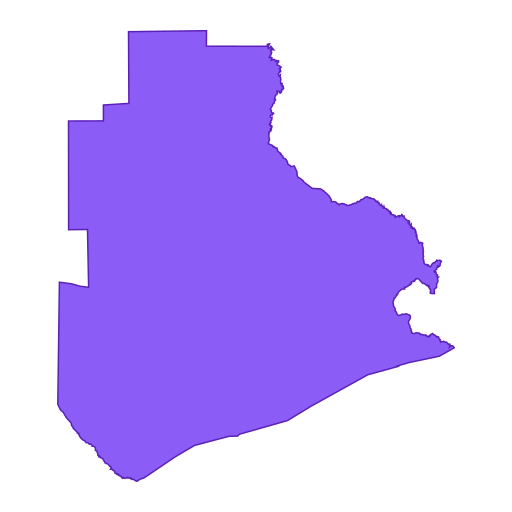 Sinda, Eastern, Zambia
{"feature_id": "96606910B72426001037260", "entity_name": "Sinda", "entity_type": "district", "adm_level": 2, "iso_a3": "ZMB", "parent_name": "Zambia", "parent_adm1": "Eastern", "projection": "robinson", "projection_center": [31.868, -14.258], "detail": "fine", "context": "isolated", "style": "filled", "palette": "violet", "viewbox_px": 512, "rotation_deg": 0, "n_neighbors": 0, "source": "geoboundaries", "source_scale": "gbopen_adm2", "svg_char_len": 6019}
<svg xmlns="http://www.w3.org/2000/svg" viewBox="0 0 512 512"><path d="M350.6,204.9L346.9,205.6L346.3,204.8L345.3,204.7L344.4,203.9L342.4,203.5L340.0,204.0L339.0,204.8L337.9,203.6L336.7,203.2L336.2,202.3L334.8,201.6L331.3,201.6L331.2,199.6L329.1,196.0L324.0,191.2L320.7,188.9L312.3,188.4L303.9,182.1L303.4,181.0L300.2,178.4L298.0,177.3L297.2,175.7L296.9,171.7L294.3,166.0L290.7,166.6L290.2,165.5L288.0,164.4L287.3,161.6L286.3,159.8L285.2,158.7L283.3,158.0L282.8,156.1L281.1,154.8L281.0,153.9L280.4,154.0L280.5,153.2L277.9,151.4L277.0,148.1L275.5,147.9L273.8,146.4L273.3,146.9L272.3,145.4L268.2,143.6L269.5,139.4L268.8,136.2L269.1,133.2L268.8,132.4L269.6,132.1L270.3,129.7L270.9,130.6L271.4,129.3L271.1,128.4L271.7,127.9L272.0,126.1L271.5,125.6L270.7,126.2L269.3,124.2L269.8,123.5L270.4,123.8L271.0,122.2L270.5,121.6L270.8,120.8L271.6,120.2L271.9,118.9L272.0,117.4L271.4,117.7L270.5,117.2L270.2,115.5L271.0,115.0L272.0,115.1L273.6,113.4L273.2,112.9L272.2,113.4L271.1,111.2L271.3,110.2L270.3,109.0L272.6,105.3L272.5,104.3L274.0,103.3L274.5,101.3L275.6,99.9L275.3,99.1L274.4,98.9L275.5,95.4L277.0,94.3L277.3,92.8L277.0,91.1L279.2,91.4L279.6,92.0L279.3,92.8L280.2,93.1L281.6,91.9L281.2,91.3L281.7,89.5L282.6,89.8L283.6,88.4L283.0,85.9L282.3,85.2L282.0,85.9L281.8,85.3L282.1,83.5L281.6,83.3L281.3,84.1L280.8,84.0L280.4,81.1L280.9,79.4L280.1,76.1L280.3,75.0L279.1,76.1L278.3,73.7L279.7,72.3L279.7,71.4L280.5,71.6L280.8,71.1L280.2,70.3L280.3,69.2L279.4,68.6L281.1,67.2L279.2,65.7L276.9,64.8L277.0,63.7L278.7,62.0L278.5,60.8L276.5,60.5L276.2,61.4L275.5,61.5L274.7,59.6L273.9,59.3L271.3,60.3L272.0,57.8L270.7,57.1L269.9,57.9L269.3,57.6L270.0,55.8L271.0,54.8L271.7,52.3L270.6,51.6L271.2,50.4L270.4,49.7L271.3,48.9L271.2,49.6L273.7,49.8L270.8,46.3L270.4,47.1L268.4,48.4L267.9,48.2L267.9,47.3L269.5,43.9L267.4,44.3L267.5,45.4L267.0,46.2L266.3,46.3L206.4,46.2L206.5,30.7L128.5,31.7L128.9,103.4L103.4,105.0L103.4,120.9L68.5,121.0L68.6,229.7L87.5,229.5L88.6,287.3L79.9,286.2L71.5,283.8L59.4,282.2L57.8,404.3L60.5,410.0L63.2,412.3L66.3,417.6L71.2,423.0L71.6,425.6L72.9,427.0L73.2,428.3L77.4,432.4L77.3,433.1L78.9,433.5L78.7,434.4L80.5,437.7L82.5,439.7L84.6,440.7L86.1,442.6L88.2,442.9L89.4,444.3L90.6,444.0L92.2,445.5L92.1,446.2L93.6,446.2L95.4,447.7L95.4,450.4L96.9,451.1L97.1,452.3L97.7,453.2L97.8,455.2L98.5,455.6L98.8,456.7L99.8,456.2L100.0,457.4L102.6,458.5L105.2,463.0L108.1,464.2L109.9,466.5L110.8,466.6L111.1,467.4L110.4,469.2L112.5,469.4L112.8,470.2L114.5,471.1L115.1,473.3L116.3,473.5L116.9,474.3L117.4,473.8L118.4,475.2L119.0,474.8L119.9,476.0L120.8,476.1L121.7,477.6L122.6,478.2L123.1,477.4L123.5,478.0L124.5,478.3L126.4,478.0L126.6,477.6L127.6,477.9L127.8,477.4L129.0,478.1L129.7,477.8L130.3,478.5L130.7,477.9L131.6,478.6L131.8,479.4L133.9,479.4L134.7,480.4L137.0,481.3L139.9,479.3L144.2,477.8L174.9,457.0L194.6,445.4L229.0,436.3L237.5,436.1L239.5,434.2L287.4,420.6L311.4,406.0L367.7,374.8L398.1,366.4L397.5,365.9L409.2,362.5L439.3,356.2L454.2,347.8L453.2,346.2L451.9,345.7L451.0,345.8L449.7,346.9L450.2,345.5L449.2,344.9L449.5,344.5L449.8,344.9L450.0,344.3L447.6,343.7L446.6,342.1L445.3,342.2L443.5,341.2L442.9,341.7L441.5,341.5L440.8,342.2L439.9,340.6L440.3,339.8L439.2,338.7L438.4,336.8L437.1,336.5L436.8,337.0L435.0,335.1L434.2,335.1L432.5,333.5L430.8,334.5L430.0,336.1L429.5,335.5L428.4,337.0L427.7,336.2L426.3,336.0L426.4,335.5L425.6,334.9L423.7,335.2L422.4,334.4L420.3,334.6L420.0,333.6L419.4,333.2L416.2,332.7L414.7,333.5L412.2,333.2L411.5,332.6L411.7,331.4L411.0,330.5L411.1,329.2L410.0,327.6L409.9,326.1L408.4,322.8L408.6,321.5L410.4,318.0L410.3,315.9L409.6,315.1L405.9,313.7L404.7,314.4L402.0,314.1L400.4,315.3L398.2,315.3L397.1,314.2L396.2,311.8L395.1,310.7L395.2,308.9L393.5,305.7L393.0,301.8L394.0,299.6L394.1,298.1L395.3,297.7L396.1,295.9L396.9,295.5L396.7,294.4L397.9,293.8L398.4,292.0L402.0,289.1L404.8,288.9L404.5,287.4L406.7,286.9L409.7,285.0L409.7,284.5L410.4,284.6L411.5,283.5L411.1,282.7L411.5,281.8L414.1,281.4L414.0,280.7L414.9,280.6L415.2,279.4L415.9,279.4L416.3,278.6L418.6,278.8L421.7,282.4L423.1,283.5L424.1,283.4L427.3,285.9L427.9,285.3L428.9,285.6L429.1,286.4L428.6,286.6L428.7,287.2L430.7,290.2L430.2,292.6L430.5,293.4L434.4,293.6L434.3,289.1L436.5,287.6L436.6,283.9L437.9,281.7L437.5,277.8L438.4,277.1L437.2,276.9L437.0,276.0L437.6,275.1L436.0,274.0L436.1,272.1L435.3,271.6L434.5,272.1L434.1,271.3L436.8,269.1L436.8,267.9L437.5,267.4L437.2,267.0L437.8,265.7L438.8,266.7L440.1,265.6L440.1,263.9L441.4,261.2L439.8,260.2L437.9,260.6L436.8,260.2L436.7,261.2L436.1,261.1L434.4,262.9L433.5,262.7L431.9,264.2L430.9,266.4L430.2,266.7L429.0,266.1L428.6,265.0L428.1,264.9L427.5,265.7L426.8,264.5L425.2,264.4L424.4,263.7L423.8,262.8L424.1,262.1L423.5,260.1L423.7,259.7L423.0,258.7L423.0,257.6L423.6,256.4L423.0,254.4L423.3,253.4L422.9,252.6L423.5,251.5L422.9,248.9L423.2,248.3L422.3,245.2L422.7,243.2L420.4,242.3L419.5,243.2L418.8,243.1L418.4,241.0L417.0,238.5L417.0,236.7L416.1,236.3L416.9,235.0L416.1,234.1L416.0,232.0L415.3,232.0L415.6,231.1L415.3,229.6L414.4,229.2L414.3,228.3L412.8,228.8L412.1,228.3L412.5,227.8L411.2,227.5L411.9,226.8L411.1,226.5L411.2,224.5L410.7,225.2L409.3,224.7L409.7,223.5L408.2,222.8L409.6,221.9L408.9,220.6L407.8,220.8L405.5,219.2L404.2,217.5L404.0,216.0L402.9,216.4L402.0,214.6L401.7,214.5L401.7,215.3L400.7,216.0L399.5,215.6L399.1,216.7L398.7,215.9L397.9,215.9L395.3,217.3L394.9,216.9L395.1,215.6L392.8,214.6L392.3,214.9L391.4,214.4L391.2,213.6L390.4,213.8L390.1,213.3L390.6,212.7L389.7,212.6L390.2,211.3L388.0,210.8L387.8,209.5L386.9,209.7L386.5,208.9L385.1,208.2L383.8,208.2L384.3,207.5L384.0,206.6L383.8,207.4L382.6,206.8L382.3,206.1L381.8,206.1L381.6,205.1L381.3,205.8L380.0,205.0L379.9,204.3L379.0,203.9L379.1,203.1L378.5,203.3L377.9,201.9L377.5,202.0L377.6,201.3L376.7,201.5L375.7,200.6L375.9,201.3L375.5,201.2L374.6,199.5L373.7,198.8L371.7,198.7L370.6,197.9L369.8,198.2L369.7,197.7L368.1,197.5L367.5,196.8L365.2,197.2L362.6,199.5L361.3,199.4L359.3,201.6L357.4,201.5L356.3,202.9L353.1,203.6L350.6,204.9Z" fill="#8b5cf6" stroke="#5b21b6" stroke-width="1.5"/></svg>